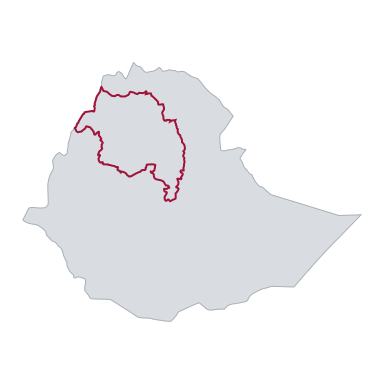 Ethiopia, with Amhara highlighted
{"feature_id": "ETH-3109", "entity_name": "Amhara", "entity_type": "Administrative State", "adm_level": 1, "iso_a3": "ETH", "parent_name": "Ethiopia", "parent_adm1": "", "projection": "albers", "projection_center": [38.049, 11.266], "detail": "fine", "context": "in_parent", "style": "outline", "palette": "rose", "viewbox_px": 384, "rotation_deg": 0, "n_neighbors": 0, "source": "natural_earth", "source_scale": "10m", "svg_char_len": 9332}
<svg xmlns="http://www.w3.org/2000/svg" viewBox="0 0 384 384"><path d="M73.7,275.1L73.4,274.7L71.4,273.1L69.5,271.0L68.4,268.7L67.3,266.8L66.8,262.5L65.5,259.9L64.1,256.7L62.2,250.6L61.3,248.5L59.7,247.1L58.0,245.8L56.3,243.0L51.7,240.6L49.9,238.7L46.9,235.5L46.1,233.9L45.9,232.3L45.0,230.7L43.3,229.0L38.0,225.3L36.6,224.8L34.6,224.4L31.9,224.0L28.1,223.1L24.9,221.6L23.4,220.5L23.0,219.8L23.4,218.6L24.6,216.6L26.9,211.9L28.5,208.6L29.6,207.7L32.5,207.5L35.6,207.7L37.8,207.9L41.0,208.0L44.7,207.8L46.3,206.7L47.5,205.5L48.0,204.7L48.2,202.5L48.2,200.8L48.0,194.2L47.9,190.2L47.8,185.6L47.9,184.7L47.9,183.5L48.9,178.6L49.8,175.8L50.4,174.3L52.9,169.7L53.3,168.2L53.4,166.8L52.6,160.5L54.2,157.5L56.2,154.6L57.9,153.4L59.3,152.5L60.0,152.9L61.6,154.3L63.8,155.6L64.8,155.4L66.3,154.2L67.4,153.0L67.2,150.8L68.3,146.2L68.1,143.6L69.2,140.4L70.4,135.8L70.9,132.9L71.6,131.4L74.8,128.2L77.5,123.7L79.2,120.4L82.5,115.0L84.2,113.1L85.5,112.3L87.5,111.7L91.2,111.3L93.9,110.8L94.3,110.1L94.5,109.0L94.6,106.6L95.1,102.5L96.3,98.4L97.7,95.4L98.4,94.0L99.3,92.7L100.3,90.4L101.6,85.5L101.5,82.2L103.3,76.1L103.7,76.0L106.8,74.9L109.7,74.8L112.5,75.6L114.4,75.8L115.2,75.4L116.0,74.4L116.8,72.7L117.9,71.8L119.5,71.7L121.7,73.5L125.0,78.4L125.9,78.7L126.5,78.6L128.2,74.7L129.5,71.6L132.0,65.9L133.4,62.6L134.7,63.6L136.0,65.2L137.5,66.0L139.1,66.5L139.8,66.6L140.8,67.2L144.2,71.3L145.4,72.2L147.0,72.3L153.8,71.0L157.9,68.6L158.5,67.7L159.6,67.7L161.0,68.7L161.5,69.7L162.3,71.1L163.9,71.3L167.8,70.3L169.7,69.7L171.3,70.2L173.4,70.6L174.7,70.5L177.7,71.9L181.4,71.4L183.1,71.5L184.9,72.0L187.8,74.1L191.7,76.6L197.1,78.4L198.2,79.2L200.8,82.1L205.0,87.6L210.3,93.0L216.2,97.1L219.3,100.0L221.5,103.6L223.6,106.8L225.7,108.2L227.6,109.3L229.7,111.8L231.2,113.8L233.2,116.2L231.0,119.4L228.2,123.8L224.8,128.9L223.8,130.2L220.9,133.3L220.4,134.1L219.8,136.3L219.8,140.3L220.3,145.5L220.7,150.2L222.4,150.7L224.3,151.0L226.4,150.4L228.9,149.8L232.1,149.5L235.6,148.5L237.6,147.7L239.8,147.7L241.7,148.5L242.7,149.2L244.1,149.4L245.8,149.4L245.5,150.3L244.5,151.6L243.3,152.9L242.3,154.3L240.1,158.1L240.0,158.6L240.3,159.3L241.6,161.0L242.9,163.8L243.7,166.3L244.3,167.5L245.9,168.9L248.2,171.8L249.5,173.7L252.0,174.8L252.9,177.2L254.9,180.9L257.0,183.8L259.0,186.0L261.2,186.9L262.1,186.9L266.8,191.1L270.4,194.2L271.3,194.7L277.7,196.7L285.1,199.0L291.0,200.8L298.6,203.1L306.0,205.4L313.0,207.5L322.9,210.6L330.8,213.0L337.1,214.9L338.4,215.5L361.0,214.8L355.6,220.4L349.5,226.7L343.1,233.3L338.9,237.6L332.3,244.3L326.9,249.9L321.2,256.1L316.1,261.6L309.5,269.2L305.1,274.1L298.4,281.9L294.1,286.7L293.4,287.0L287.2,286.8L281.1,286.6L273.3,286.3L272.4,286.3L270.1,286.8L268.8,287.3L263.2,288.7L262.2,289.0L257.5,291.1L252.8,293.6L250.4,295.5L248.5,298.2L247.7,300.1L246.8,301.0L245.3,301.7L235.4,303.7L232.5,303.9L227.9,305.4L225.4,307.9L224.7,309.1L221.4,309.1L215.5,309.5L213.0,310.0L211.8,310.0L209.6,310.1L207.7,309.6L206.5,309.0L204.9,307.5L201.5,304.6L199.1,302.7L193.7,304.9L188.8,307.1L181.9,310.2L178.0,312.4L176.9,314.6L173.8,318.6L171.1,321.1L170.1,321.4L164.0,320.9L161.7,320.4L158.0,320.0L153.1,319.1L149.8,318.2L146.2,318.1L141.0,317.8L137.9,317.1L134.6,314.9L130.5,312.2L126.2,309.5L121.8,306.7L116.6,303.4L110.9,299.8L109.6,299.5L109.0,299.4L102.8,299.2L96.4,299.0L92.1,298.9L90.7,298.4L89.7,297.6L88.4,295.0L86.7,293.1L84.9,290.7L84.7,287.5L85.3,284.0L85.8,282.8L85.5,281.7L85.6,280.1L84.6,278.6L78.3,276.8L77.3,276.9L76.2,277.6L75.0,278.0L74.1,277.6L73.6,276.9L73.6,275.9L73.7,275.1Z" fill="#d9dde1" stroke="#a8b0b8" stroke-width="1"/><path d="M93.7,111.5L94.1,111.4L94.3,110.9L94.7,108.4L94.7,107.9L94.6,107.5L94.1,106.6L94.1,106.1L94.4,105.7L94.7,105.4L94.9,105.1L94.9,104.9L94.6,104.3L94.6,103.9L96.8,96.4L100.1,91.6L100.3,91.0L100.4,89.7L100.5,89.3L101.4,87.0L101.7,87.2L103.3,90.7L103.6,91.0L103.9,91.0L106.9,91.8L107.3,92.0L109.7,94.3L110.9,95.0L111.5,95.7L111.9,95.8L114.5,96.2L114.9,96.2L115.2,96.0L115.5,95.8L116.7,95.1L117.4,95.0L118.1,94.9L118.6,95.0L119.3,95.3L119.8,95.7L120.4,96.3L120.7,96.4L124.5,96.5L125.2,96.4L128.3,94.9L128.6,94.6L128.9,94.3L129.1,93.9L129.7,92.3L130.2,91.9L131.1,91.9L133.5,92.5L136.5,93.9L137.2,94.1L137.9,93.7L138.4,93.4L138.9,92.8L139.7,92.9L140.9,93.0L142.1,93.1L144.3,92.8L144.8,92.6L145.1,92.2L145.6,91.5L145.9,91.3L146.2,91.4L146.4,91.6L146.6,92.0L146.7,92.5L146.0,94.1L148.0,93.7L148.8,93.4L149.3,93.4L150.9,93.5L151.2,94.4L151.4,95.4L151.5,95.8L152.4,96.2L157.4,101.1L158.0,101.8L158.1,102.5L158.1,103.0L158.1,103.5L158.2,104.0L158.4,104.4L158.7,104.6L159.1,104.6L160.2,104.6L162.6,104.2L163.1,104.3L163.3,104.8L163.3,105.5L163.5,106.2L163.8,107.0L164.0,108.0L164.0,109.3L162.3,112.3L162.2,113.1L162.4,113.9L163.3,116.2L163.5,118.7L163.6,119.2L163.9,119.8L164.2,120.3L164.6,120.7L164.8,120.7L166.4,120.6L166.5,120.0L167.2,119.9L170.0,120.0L170.2,120.3L170.3,120.8L170.2,121.3L170.1,121.6L172.1,120.5L172.4,120.4L174.0,120.3L174.7,120.2L175.5,120.0L175.1,121.1L175.1,121.3L175.1,121.9L175.3,122.5L175.8,123.7L176.0,124.3L176.0,124.9L176.0,125.2L176.4,125.8L176.5,126.1L176.7,126.8L176.7,127.8L176.8,128.1L177.1,128.6L177.3,128.8L177.8,129.1L177.7,131.4L177.7,132.0L177.8,132.5L178.6,133.9L179.0,134.4L179.5,134.8L180.1,135.1L180.3,135.7L180.5,136.9L180.7,137.4L181.7,139.0L181.9,139.5L182.0,140.8L182.0,142.1L182.7,142.8L183.1,143.2L183.5,143.7L184.4,145.3L184.6,145.9L184.7,146.5L184.8,147.6L184.9,148.4L184.9,148.8L184.8,149.2L184.7,149.5L183.4,151.4L184.0,152.1L184.3,152.7L184.2,153.3L184.0,153.9L183.3,155.0L183.2,155.5L183.2,156.0L183.4,156.6L184.1,157.5L184.3,157.8L184.3,158.3L184.1,159.4L184.1,159.9L184.6,161.7L184.5,162.3L184.3,162.8L184.2,163.3L183.9,166.1L183.9,166.6L183.5,167.6L183.4,168.2L183.7,170.0L183.6,170.5L182.2,170.4L181.6,170.4L181.1,170.5L180.7,170.8L180.5,171.4L180.5,171.9L180.8,172.3L181.3,172.6L182.0,173.0L182.4,173.4L182.7,173.8L182.6,174.7L182.5,175.2L181.8,176.1L181.6,176.5L181.0,177.3L181.0,177.6L181.3,178.2L181.4,178.4L181.1,179.1L180.2,179.1L178.3,178.6L177.4,178.8L177.5,179.7L178.4,181.8L178.4,183.0L178.3,184.2L177.9,185.2L177.0,186.0L176.6,186.4L176.3,186.7L176.2,187.1L176.5,187.5L177.4,187.7L177.7,187.9L178.5,188.5L178.4,189.5L177.9,190.6L177.1,191.6L176.6,192.5L175.6,193.3L175.7,197.9L175.5,198.6L174.8,199.0L172.5,199.9L171.7,200.4L170.6,201.1L170.1,201.2L169.6,200.9L168.8,199.7L168.1,199.5L167.7,199.6L166.6,200.7L166.1,200.8L165.7,200.7L165.4,200.5L165.2,200.2L164.7,199.0L164.6,198.6L164.7,198.2L164.6,196.9L166.5,193.7L166.8,193.0L166.7,192.3L166.3,192.0L165.1,191.7L164.6,191.3L164.3,190.6L164.1,189.8L164.0,189.1L164.2,188.9L165.0,188.9L167.0,188.8L167.3,188.6L168.4,187.8L168.9,187.7L169.8,188.0L168.4,186.6L168.3,186.4L168.4,185.9L167.9,185.6L167.2,185.5L166.7,185.5L165.9,185.4L165.2,184.4L164.4,183.0L163.3,181.4L160.7,180.2L156.6,179.4L155.1,178.7L154.4,177.8L154.0,176.8L153.8,175.7L153.8,174.5L153.8,174.4L153.3,173.8L152.9,173.4L152.7,173.3L151.3,172.7L150.8,172.3L150.8,171.6L151.7,171.8L152.5,171.6L154.0,170.8L154.3,170.5L155.2,165.9L155.3,165.1L154.9,164.7L152.3,164.3L147.0,164.6L146.8,164.8L146.7,165.0L146.1,167.4L146.0,167.7L145.8,167.9L145.6,167.9L145.5,168.1L145.5,168.4L145.6,169.1L145.6,169.3L145.3,169.8L144.8,170.0L144.2,170.1L143.7,170.1L143.1,170.0L142.9,170.0L142.1,170.2L141.4,170.4L141.2,170.6L141.0,171.1L140.4,171.7L140.2,171.8L138.7,172.2L135.5,173.7L134.4,174.5L134.2,174.5L133.6,174.6L133.4,174.7L132.9,175.3L131.3,176.2L131.1,176.3L130.6,176.2L130.2,176.2L129.6,176.6L129.2,176.6L127.1,175.0L126.8,174.6L126.7,174.3L126.2,173.7L125.7,173.1L125.4,172.9L123.3,171.9L122.5,171.7L121.7,171.6L121.4,171.7L121.2,172.3L121.0,172.6L120.7,172.6L120.3,172.1L120.2,171.9L120.2,171.1L120.0,170.9L119.6,170.7L119.3,170.6L119.0,170.6L118.6,170.6L118.4,170.6L118.2,170.5L117.7,169.9L117.4,169.2L117.6,168.5L118.0,167.8L117.9,167.2L117.6,167.0L116.1,167.0L115.6,166.9L115.2,166.6L114.6,166.1L111.3,165.5L110.4,165.1L110.0,165.0L108.9,165.0L108.7,164.9L108.1,164.4L107.9,164.4L107.3,164.5L107.1,164.5L104.6,164.3L103.6,164.3L103.1,164.1L102.8,163.7L102.8,163.3L102.8,162.9L102.8,162.5L102.6,162.2L102.4,162.1L102.1,162.1L101.0,162.6L100.5,162.6L99.9,162.2L99.4,161.7L99.0,160.9L98.7,160.0L98.5,158.7L100.0,155.4L99.7,155.0L99.2,155.0L98.8,155.1L98.4,155.4L98.2,155.9L98.1,154.9L98.2,154.2L98.8,152.9L98.8,152.2L99.1,151.8L99.8,150.9L101.0,150.1L101.6,149.4L102.2,148.4L101.5,147.0L101.8,146.3L101.7,145.8L101.6,144.9L101.8,144.4L102.2,143.9L102.6,143.2L102.6,142.3L101.3,140.9L100.9,140.7L100.4,140.2L100.6,139.7L101.0,139.3L101.3,138.9L101.2,138.7L100.0,136.7L99.2,136.0L98.9,135.5L98.9,133.5L99.0,132.0L98.8,131.8L98.3,131.9L97.4,132.5L96.5,133.3L95.6,134.3L95.2,134.6L94.7,134.6L94.3,134.4L94.0,133.4L93.8,132.2L93.6,131.7L93.0,131.0L92.2,129.6L91.2,128.8L91.0,128.5L90.7,127.9L90.5,127.6L90.0,127.3L89.9,127.2L89.5,127.1L88.9,127.1L88.3,127.0L88.0,126.6L87.8,126.5L87.1,126.5L86.2,126.4L86.1,126.5L85.4,128.0L85.1,128.5L82.3,130.7L81.7,131.3L81.2,131.7L80.8,131.7L80.2,131.7L79.5,131.8L78.3,132.2L77.8,132.2L77.3,131.9L76.7,131.4L76.1,130.7L75.3,128.7L74.7,128.2L74.8,127.8L75.0,127.7L75.8,127.2L76.2,126.7L76.4,126.1L76.7,124.9L77.1,123.9L77.2,123.6L77.5,123.5L77.9,123.2L78.2,123.0L78.4,122.7L78.5,121.8L78.8,121.2L83.0,114.2L83.4,113.9L83.8,113.9L84.0,113.8L84.2,113.5L84.5,112.4L85.5,112.0L92.2,111.0L92.7,111.1L93.1,111.4L93.7,111.5Z" fill="none" stroke="#9f1239" stroke-width="2"/></svg>